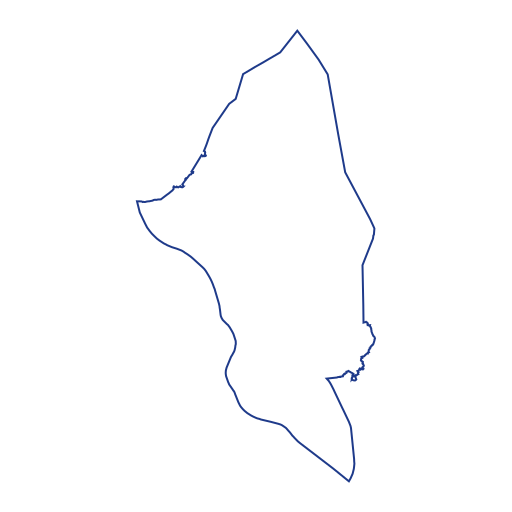 Ringsaker nor, Hedmark, Norway
{"feature_id": "86288312B88034001552428", "entity_name": "Ringsaker nor", "entity_type": "district", "adm_level": 2, "iso_a3": "NOR", "parent_name": "Norway", "parent_adm1": "Hedmark", "projection": "mercator", "projection_center": [10.885, 60.986], "detail": "fine", "context": "isolated", "style": "outline", "palette": "blue", "viewbox_px": 512, "rotation_deg": 0, "n_neighbors": 0, "source": "geoboundaries", "source_scale": "gbopen_adm2", "svg_char_len": 5852}
<svg xmlns="http://www.w3.org/2000/svg" viewBox="0 0 512 512"><path d="M242.9,409.2L244.6,410.9L247.3,413.1L251.1,415.5L253.0,416.5L255.6,417.7L257.3,418.4L259.4,418.9L260.9,419.5L270.7,421.8L278.3,423.8L280.5,424.5L281.8,425.1L283.6,426.3L285.9,427.9L287.1,429.2L288.0,430.3L290.0,432.5L292.5,435.8L293.1,436.3L294.7,438.1L297.8,441.3L300.1,443.2L333.0,468.4L348.9,481.3L350.6,478.3L352.6,473.8L353.8,469.0L354.1,466.6L354.4,463.7L354.2,461.6L354.1,459.0L351.0,428.1L350.5,425.9L348.9,421.8L343.2,409.8L342.2,407.8L334.6,391.8L333.5,389.4L331.1,384.7L330.2,383.1L328.9,381.1L326.7,378.6L336.0,377.6L336.9,377.5L337.9,377.1L338.8,377.0L340.2,377.0L340.2,376.7L342.9,376.3L342.9,375.5L343.1,375.5L343.3,375.2L344.1,374.0L344.7,374.1L344.8,373.9L344.9,374.0L345.5,373.4L346.6,372.7L346.6,372.3L346.6,372.0L346.5,371.7L348.1,371.3L348.4,370.9L348.6,370.9L349.2,371.6L350.2,371.9L350.8,372.4L351.9,372.9L352.9,373.5L353.3,373.8L353.0,374.1L353.4,374.9L353.6,375.4L353.8,375.6L353.5,375.8L353.4,375.9L353.5,375.7L353.0,375.7L353.1,375.8L352.5,376.5L352.8,376.8L351.9,377.8L351.7,378.1L351.7,378.9L351.9,378.9L351.8,379.5L351.9,379.4L352.1,379.8L353.5,380.3L355.0,380.5L356.0,379.8L356.3,379.4L355.6,377.6L355.5,377.4L355.2,377.0L355.3,376.9L354.9,376.3L355.0,376.0L355.5,375.8L355.2,375.4L355.4,375.2L356.0,375.5L358.2,374.2L357.9,373.9L357.8,373.6L358.6,372.2L358.3,371.8L358.0,372.2L357.8,371.9L357.8,371.3L357.6,371.4L357.4,371.0L358.3,370.7L358.8,370.4L359.1,369.7L359.3,369.1L359.7,368.6L360.1,369.0L360.3,369.0L360.2,368.8L360.4,368.7L360.6,369.0L360.8,369.5L361.2,369.2L361.4,369.0L362.1,368.7L362.9,369.4L363.5,368.8L363.5,368.6L362.6,368.3L362.3,368.1L362.2,367.9L362.2,367.5L362.3,367.4L363.6,366.2L363.8,365.7L363.7,365.5L363.7,365.2L363.5,364.9L362.8,364.0L362.8,363.9L362.9,363.7L362.5,363.5L362.8,362.6L362.9,361.9L362.1,361.3L361.8,361.3L361.7,361.0L361.0,360.6L360.9,360.3L361.0,359.9L361.2,358.7L361.2,358.2L361.5,357.9L361.7,358.3L362.3,358.0L361.9,357.1L362.3,356.9L362.0,356.7L362.5,356.5L362.8,356.6L363.0,356.5L363.7,356.5L364.0,356.3L364.0,356.2L364.4,355.9L364.5,355.8L364.8,355.6L364.9,355.3L365.3,355.2L365.6,354.7L366.8,353.6L367.0,353.6L367.9,353.5L367.9,352.8L368.0,352.8L368.1,352.5L368.3,352.3L368.9,352.2L368.7,351.8L368.6,351.4L368.7,351.0L368.7,350.1L368.9,349.8L369.4,349.5L369.4,349.4L369.5,349.3L369.7,348.9L369.6,348.6L369.6,348.2L369.8,348.1L370.3,348.0L370.6,347.6L370.6,347.3L370.5,346.9L370.7,346.5L371.3,346.0L371.8,345.8L372.1,345.5L372.3,345.0L372.3,344.9L373.0,344.7L373.3,344.1L373.3,343.7L373.5,343.5L374.4,340.7L374.5,340.2L374.5,339.8L374.5,339.4L374.9,338.9L375.0,338.6L374.9,338.2L374.8,337.8L374.6,337.6L374.5,337.2L374.3,336.7L373.1,335.7L373.0,335.2L372.9,334.8L372.4,334.1L372.2,333.2L371.9,332.7L371.8,332.3L371.7,332.0L371.5,331.6L371.5,331.0L371.5,330.5L371.2,329.7L371.3,329.4L371.2,328.6L371.2,328.4L370.9,328.0L370.8,327.4L370.7,327.1L370.2,326.7L370.0,326.2L369.9,325.8L369.9,325.4L370.0,325.1L369.8,325.1L369.2,325.3L368.8,325.5L368.0,325.1L367.7,325.1L367.7,324.8L367.5,324.3L367.9,324.0L367.7,323.2L367.1,322.5L366.7,322.4L366.0,321.8L365.3,322.2L364.1,322.4L363.5,322.6L363.3,305.2L362.5,265.2L373.0,238.6L373.4,235.4L373.9,234.7L374.4,228.5L373.8,227.1L370.1,219.1L345.2,172.3L338.2,134.2L327.7,74.4L318.6,59.6L307.0,43.6L297.3,30.7L280.2,52.4L270.8,57.9L269.4,58.7L264.0,61.9L255.0,67.0L243.1,74.1L235.7,98.9L229.2,103.8L215.0,124.5L213.4,126.8L212.6,128.0L209.4,136.3L208.3,139.3L206.8,143.7L205.9,146.1L204.5,149.6L203.9,151.0L204.8,151.5L204.7,151.7L205.2,152.6L205.1,153.1L205.0,153.4L204.9,154.1L204.7,154.8L204.9,154.9L205.4,155.0L205.6,155.2L205.6,155.4L205.8,155.5L205.6,156.0L204.7,156.2L203.5,156.2L203.2,156.0L202.8,156.2L202.7,156.0L201.9,155.5L201.8,155.3L201.6,155.1L191.5,171.6L192.3,172.0L193.2,172.0L193.1,172.8L192.7,172.8L192.6,173.0L191.8,173.3L191.5,173.5L191.4,173.8L191.2,174.3L189.6,174.8L187.0,178.2L186.1,178.1L185.6,178.6L185.3,178.9L185.4,179.2L185.3,179.4L185.8,179.8L185.2,180.4L182.4,184.3L182.5,184.4L182.5,184.6L182.5,184.8L182.9,184.9L183.1,185.4L183.2,186.1L183.3,186.1L183.2,186.1L183.6,186.3L183.4,186.6L183.2,186.7L183.3,186.7L183.1,186.9L182.3,187.3L181.8,187.2L181.4,187.0L181.2,187.1L179.9,186.7L179.9,186.4L178.1,187.4L176.7,186.6L176.4,186.9L176.0,187.3L175.7,187.2L175.1,187.1L174.6,187.0L174.2,186.5L173.7,186.4L173.6,186.6L173.4,187.5L173.5,187.6L173.6,188.2L173.6,189.0L173.1,189.5L172.5,190.4L171.8,190.9L168.8,193.4L166.7,194.9L160.8,199.4L157.9,199.5L157.6,199.6L156.0,199.9L155.1,199.7L153.7,200.0L153.3,200.1L152.9,200.5L152.7,200.6L149.2,201.3L148.4,201.3L147.1,201.5L146.4,201.6L145.7,201.9L144.8,202.0L143.9,202.0L143.3,201.8L142.6,202.0L142.0,201.6L141.2,201.4L137.0,201.3L139.8,212.5L145.2,223.8L147.1,227.5L149.6,230.9L151.8,233.6L154.5,236.3L156.9,238.6L159.4,240.5L163.8,243.4L165.2,244.1L165.7,244.3L167.2,245.2L172.0,247.2L176.8,248.7L181.5,250.5L183.6,251.7L184.9,252.7L186.7,253.8L187.9,254.6L190.7,256.6L192.8,258.4L197.3,262.5L200.4,265.3L202.6,267.3L204.2,268.9L205.6,270.7L206.5,272.1L208.9,276.1L209.3,276.8L210.4,278.8L211.7,281.5L212.2,282.7L212.9,284.4L214.0,287.5L214.5,288.6L214.8,289.5L215.2,291.0L216.0,293.7L218.9,303.5L219.5,306.1L219.6,307.3L220.0,309.8L220.6,314.9L220.9,316.3L221.2,317.0L221.9,318.6L222.3,319.1L222.7,319.9L226.9,324.1L228.0,325.0L228.8,326.1L229.7,327.3L232.1,331.4L233.3,333.7L233.8,335.1L234.8,338.2L235.7,341.0L235.8,344.0L235.4,345.7L235.2,347.5L234.6,350.1L234.0,351.8L233.6,352.3L233.3,353.0L233.0,353.4L232.6,354.3L232.3,354.8L231.8,355.6L231.0,356.9L226.6,367.6L225.9,370.3L225.8,371.3L225.7,372.9L225.8,374.3L226.1,376.2L228.2,382.2L228.6,383.0L229.2,384.5L229.7,385.2L232.6,389.4L233.5,390.8L234.1,391.4L234.2,391.7L234.8,393.1L235.3,394.6L235.9,396.0L236.6,397.8L238.4,402.3L239.2,403.9L240.1,405.7L241.1,407.1L242.9,409.2Z" fill="none" stroke="#1e3a8a" stroke-width="2"/></svg>